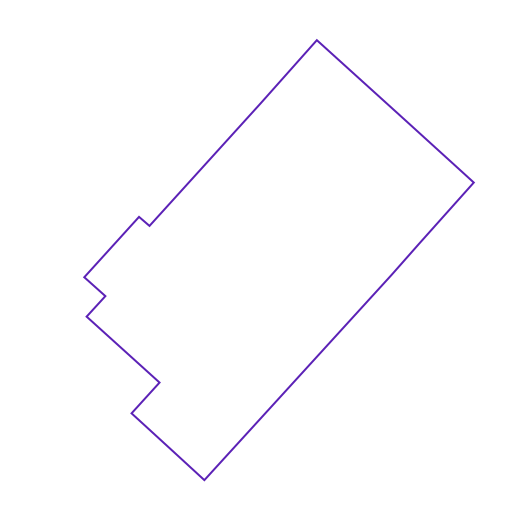 Union, Mississippi, United States of America, rotated 132°
{"feature_id": "52423323B35434026565604", "entity_name": "Union", "entity_type": "district", "adm_level": 2, "iso_a3": "USA", "parent_name": "United States of America", "parent_adm1": "Mississippi", "projection": "natural_earth1", "projection_center": [-88.946, 34.482], "detail": "fine", "context": "isolated", "style": "outline", "palette": "violet", "viewbox_px": 512, "rotation_deg": 132, "n_neighbors": 0, "source": "geoboundaries", "source_scale": "gbopen_adm2", "svg_char_len": 390}
<svg xmlns="http://www.w3.org/2000/svg" viewBox="0 0 512 512"><g transform="rotate(132 256 256)"><path d="M386.7,369.4L386.6,341.1L414.4,341.3L414.6,243.0L456.2,243.2L456.3,229.4L456.7,183.2L457.1,144.4L439.2,144.3L179.3,142.6L137.9,143.0L55.7,143.3L55.6,157.2L55.2,242.3L54.9,355.2L138.8,354.7L304.9,355.3L305.2,369.1L386.7,369.4Z" fill="none" stroke="#5b21b6" stroke-width="2"/></g></svg>